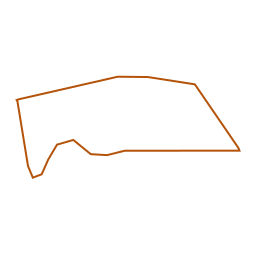 outline of Djibouti, rotated 181°
{"feature_id": "DJI-1567", "entity_name": "Djibouti", "entity_type": "City", "adm_level": 1, "iso_a3": "DJI", "parent_name": "Djibouti", "parent_adm1": "", "projection": "equal_earth", "projection_center": [43.069, 11.565], "detail": "fine", "context": "isolated", "style": "outline", "palette": "amber", "viewbox_px": 256, "rotation_deg": 181, "n_neighbors": 0, "source": "natural_earth", "source_scale": "10m", "svg_char_len": 374}
<svg xmlns="http://www.w3.org/2000/svg" viewBox="0 0 256 256"><g transform="rotate(181 128 128)"><path d="M16.2,107.3L131.0,105.2L148.5,100.5L164.8,101.2L182.5,115.1L198.7,110.1L207.3,94.9L213.5,80.2L222.3,76.7L227.3,88.2L239.0,152.7L239.8,154.1L236.6,155.1L139.2,179.1L109.0,179.3L61.9,172.8L17.2,109.9L16.2,107.3Z" fill="none" stroke="#b45309" stroke-width="2"/></g></svg>